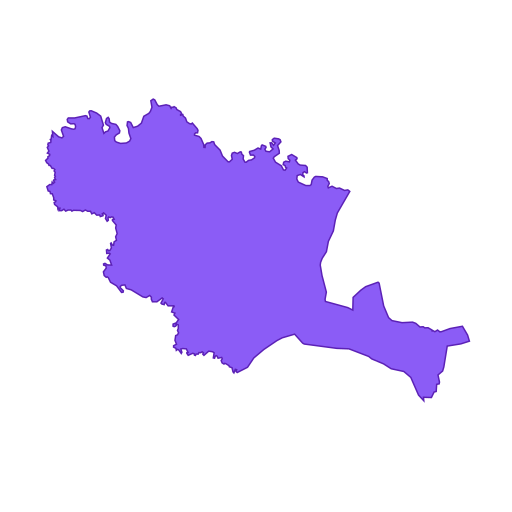 Phutthaisong, Buri Ram, Thailand (Robinson projection), rotated 165°
{"feature_id": "78962969B74701516685822", "entity_name": "Phutthaisong", "entity_type": "district", "adm_level": 2, "iso_a3": "THA", "parent_name": "Thailand", "parent_adm1": "Buri Ram", "projection": "robinson", "projection_center": [103.029, 15.546], "detail": "fine", "context": "isolated", "style": "filled", "palette": "violet", "viewbox_px": 512, "rotation_deg": 165, "n_neighbors": 0, "source": "geoboundaries", "source_scale": "gbopen_adm2", "svg_char_len": 6150}
<svg xmlns="http://www.w3.org/2000/svg" viewBox="0 0 512 512"><g transform="rotate(165 256 256)"><path d="M148.7,294.1L150.2,296.1L153.5,296.4L157.7,300.0L160.9,300.4L164.5,303.7L168.5,303.1L168.6,304.7L166.5,307.0L166.6,309.2L167.6,310.6L167.2,312.4L171.1,315.2L177.7,317.4L179.2,317.1L182.2,314.8L184.2,310.7L185.6,310.1L189.7,311.2L196.0,316.4L196.7,319.8L195.4,323.0L192.1,323.3L189.1,320.0L188.9,320.9L189.9,322.5L189.0,324.4L187.3,324.9L185.8,323.1L184.8,323.1L183.6,328.5L184.7,330.6L189.8,332.4L191.4,334.0L193.1,338.4L191.2,339.3L191.1,340.5L195.3,344.8L199.3,344.0L199.7,341.7L198.5,339.8L199.4,338.3L202.7,339.9L205.0,339.4L206.1,337.2L204.5,335.8L204.5,334.1L203.6,333.1L205.8,331.3L207.2,332.1L208.2,336.6L212.9,341.6L214.0,346.0L212.6,347.2L206.9,349.2L206.3,351.9L206.6,357.1L202.4,359.8L202.6,362.1L203.8,363.3L207.9,365.1L210.1,364.2L210.4,362.7L208.1,360.2L210.4,358.4L211.6,361.3L213.1,361.6L213.3,357.5L211.8,355.0L215.9,353.1L219.3,354.6L219.8,356.9L218.2,358.2L218.2,359.4L221.3,361.7L222.2,361.2L223.8,358.0L226.1,359.8L230.3,358.6L235.1,358.6L235.5,357.9L235.2,354.9L232.3,354.1L231.4,352.5L232.0,351.2L235.5,350.0L238.4,350.3L241.3,349.1L242.4,349.5L243.3,353.0L242.1,356.2L243.3,357.9L243.3,360.2L244.2,360.7L247.5,359.8L249.9,361.7L252.3,361.5L253.7,359.4L253.9,355.6L257.3,353.8L258.6,354.2L262.5,361.2L263.3,367.6L267.1,374.3L267.3,377.2L269.0,377.9L271.2,377.2L274.0,377.7L276.2,376.6L277.1,374.0L278.2,374.4L277.7,377.3L278.7,383.8L280.1,386.2L284.1,388.6L283.8,389.8L282.4,390.6L280.6,390.1L279.5,392.4L279.9,394.3L283.1,400.9L284.4,400.3L286.0,401.1L288.1,403.5L288.4,407.5L290.1,410.0L290.1,411.5L292.4,411.5L292.3,412.1L290.9,412.4L291.5,415.0L294.6,418.0L294.8,419.7L296.5,421.5L297.6,421.0L298.7,421.6L299.8,420.6L300.5,423.5L303.7,425.3L311.0,425.8L312.2,427.7L313.4,433.0L314.7,434.2L317.4,433.2L318.0,426.6L320.6,423.0L322.6,421.5L328.2,420.0L332.3,414.0L336.8,412.0L341.3,411.8L342.5,417.4L344.3,418.8L345.4,418.8L346.8,415.4L346.2,412.2L346.9,407.6L346.5,401.8L348.3,399.7L351.9,398.7L357.7,399.8L361.4,402.2L362.6,404.0L362.0,407.5L359.6,409.2L356.1,410.2L355.1,412.2L356.1,417.0L357.3,419.4L361.3,421.5L362.8,423.3L362.3,426.6L362.9,428.2L364.8,427.5L367.0,423.8L366.6,421.9L363.9,419.1L364.0,417.7L366.7,415.0L369.2,414.9L371.2,413.8L371.5,419.8L369.5,421.9L369.8,431.3L372.9,435.3L377.5,438.9L379.1,439.2L380.2,438.3L380.0,432.9L381.5,431.8L382.9,432.3L383.1,434.9L384.4,435.7L395.6,436.3L401.6,437.9L403.0,436.8L403.2,434.3L400.8,431.6L397.6,430.9L396.7,430.0L396.7,427.9L397.7,425.8L399.2,425.6L401.4,426.6L406.8,430.2L409.8,430.1L411.4,428.1L410.9,421.4L412.9,420.3L415.8,422.2L420.4,429.1L421.3,424.0L422.2,425.3L423.6,421.9L424.5,421.8L424.2,420.4L424.9,418.8L427.5,418.8L428.3,417.3L427.9,416.1L429.5,414.9L428.9,410.9L430.9,409.4L428.9,407.6L429.4,406.4L431.3,405.8L431.7,404.3L434.5,402.8L434.0,400.3L432.5,398.4L432.5,397.1L431.2,396.6L430.3,393.4L428.9,393.0L427.9,391.6L429.0,390.4L428.3,388.8L429.7,386.0L429.2,384.9L430.3,383.8L429.8,381.7L431.6,381.8L432.2,381.1L431.4,379.5L432.9,378.6L433.8,380.1L434.7,377.8L436.8,378.4L440.1,377.1L439.9,372.6L438.3,371.7L438.4,369.4L436.7,368.9L436.3,364.6L436.9,362.5L435.0,361.2L435.4,360.3L437.1,359.9L437.2,357.9L434.9,354.9L435.2,352.5L434.0,353.3L433.0,352.9L434.6,350.8L431.9,350.1L429.4,350.9L428.2,348.6L425.6,349.0L422.9,348.3L422.2,347.0L420.5,347.4L413.7,345.4L412.0,343.8L408.9,344.6L407.0,342.8L404.3,342.0L403.7,339.2L401.0,339.7L399.3,336.7L396.4,336.1L396.2,334.4L393.4,334.5L393.0,335.2L393.6,336.5L392.0,337.1L390.1,334.1L391.7,331.2L390.8,328.1L389.4,328.7L389.1,331.0L388.2,331.8L386.9,330.8L385.6,331.2L384.0,330.5L383.5,328.2L385.2,328.4L385.5,327.4L383.0,322.1L384.3,319.4L384.3,313.6L386.6,310.9L386.7,307.3L389.4,306.4L390.8,303.2L391.9,303.7L392.5,306.1L393.2,305.8L393.6,301.2L395.8,299.1L397.1,299.3L397.6,300.7L398.9,300.5L399.5,297.1L396.8,296.6L396.3,295.8L400.1,292.5L398.2,289.8L397.8,284.6L401.7,285.8L403.8,288.0L405.3,287.8L405.5,286.6L403.5,285.3L403.8,283.1L407.5,280.2L407.7,276.4L406.2,274.2L405.1,274.3L404.3,273.4L403.3,268.3L398.4,263.3L395.3,255.6L393.8,255.4L393.1,256.7L395.3,260.6L395.1,261.6L393.4,262.5L390.1,262.0L389.6,258.2L385.3,255.6L375.9,245.8L372.9,244.3L368.9,245.4L367.7,243.2L368.3,241.5L367.9,238.6L363.6,237.4L357.5,239.8L356.7,238.6L360.0,235.1L359.4,234.0L357.3,232.8L356.2,234.8L355.5,234.7L353.8,230.6L348.2,229.1L348.2,228.2L349.3,227.9L352.0,223.8L349.1,221.8L350.5,220.2L347.2,214.7L350.3,212.1L353.7,211.7L354.3,209.7L353.3,208.9L351.9,209.0L351.0,209.6L350.9,211.0L348.9,209.6L349.8,206.2L351.1,204.4L350.7,201.8L352.3,200.2L354.2,199.9L356.1,195.5L355.6,191.4L358.8,190.7L359.2,189.3L357.2,187.5L357.4,185.5L356.0,186.1L355.0,185.4L353.4,181.2L352.5,182.2L352.7,185.6L350.8,185.6L347.3,184.3L346.6,180.4L347.8,180.5L348.0,179.9L347.2,177.6L342.3,178.4L341.0,177.6L341.1,176.2L340.2,175.6L339.3,176.8L337.2,176.2L336.1,177.5L334.5,176.9L332.8,177.4L331.8,176.1L332.8,175.0L332.0,173.5L326.3,176.3L322.8,174.8L321.5,173.4L323.6,168.6L322.5,168.0L321.3,169.8L320.2,170.0L319.5,169.3L319.1,167.1L315.4,166.9L315.2,165.4L316.7,164.1L316.4,161.5L314.9,159.9L314.0,160.4L312.9,159.7L310.5,157.1L310.4,155.9L308.1,154.3L308.2,150.0L307.6,148.8L305.3,151.9L304.1,151.2L305.1,149.5L304.3,148.3L293.0,150.7L284.5,158.1L272.6,163.7L257.6,168.9L251.8,170.2L238.9,170.5L233.5,159.8L232.2,158.5L201.9,145.9L190.3,142.3L173.1,129.8L170.9,126.7L160.7,118.8L154.6,112.1L143.1,106.2L137.9,98.7L135.0,79.6L131.4,72.8L130.8,76.2L123.2,73.9L119.2,78.5L117.0,78.5L114.7,85.3L112.2,85.1L111.4,86.7L111.0,94.0L105.5,96.6L103.3,100.2L94.6,119.5L80.8,118.1L71.9,118.5L72.1,124.9L74.8,134.7L87.4,135.7L96.4,134.9L98.0,135.1L99.8,137.5L102.8,136.6L104.5,138.2L105.2,138.0L105.2,139.0L108.4,142.2L111.6,142.9L112.8,144.4L116.0,145.0L119.1,149.6L121.9,151.6L132.2,153.8L141.4,158.4L143.9,162.2L145.6,174.7L144.1,197.9L144.9,199.1L158.0,198.0L163.7,195.8L172.9,190.9L176.5,178.7L180.7,182.4L200.7,194.1L200.5,196.3L197.4,202.9L197.3,220.0L196.3,230.6L195.2,233.2L192.6,236.7L186.9,241.9L182.3,251.4L174.8,260.2L170.1,270.2L166.3,276.5L148.7,294.1Z" fill="#8b5cf6" stroke="#5b21b6" stroke-width="1.5"/></g></svg>